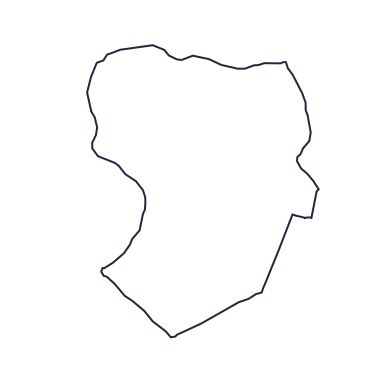 Huité, Zacapa, Guatemala, rotated 12°
{"feature_id": "79465075B89457517012818", "entity_name": "Huité", "entity_type": "district", "adm_level": 2, "iso_a3": "GTM", "parent_name": "Guatemala", "parent_adm1": "Zacapa", "projection": "albers", "projection_center": [-89.697, 14.912], "detail": "fine", "context": "isolated", "style": "outline", "palette": "slate", "viewbox_px": 384, "rotation_deg": 12, "n_neighbors": 0, "source": "geoboundaries", "source_scale": "gbopen_adm2", "svg_char_len": 1298}
<svg xmlns="http://www.w3.org/2000/svg" viewBox="0 0 384 384"><g transform="rotate(12 192 192)"><path d="M201.5,338.5L205.8,336.8L206.8,334.9L228.3,318.8L260.6,290.1L269.5,284.8L275.9,278.5L281.0,275.9L281.7,270.6L282.8,265.2L285.4,250.3L286.0,247.1L289.1,229.7L295.0,193.1L299.2,193.6L304.4,193.6L307.4,193.8L307.7,194.1L308.2,193.9L308.7,193.4L310.6,192.8L313.0,192.3L314.2,192.5L313.8,165.5L315.3,163.0L308.4,156.0L300.7,150.0L294.0,146.5L288.1,139.7L287.9,135.5L290.1,132.9L291.6,126.1L296.1,117.8L295.8,109.3L289.1,92.8L286.2,88.3L284.6,81.1L279.3,72.5L266.2,56.5L260.0,51.0L256.9,45.5L254.2,46.0L252.1,47.7L235.8,51.0L230.5,54.1L226.5,55.1L218.3,60.3L211.0,61.9L194.3,61.6L181.0,58.5L164.4,58.5L154.4,65.0L149.5,65.4L141.1,63.3L135.2,58.7L123.0,56.6L92.2,67.8L84.0,73.1L80.4,75.3L78.0,81.7L72.0,85.4L69.3,100.5L68.7,116.5L76.7,134.1L81.4,139.3L85.8,148.5L86.2,156.2L84.1,165.0L84.8,167.0L85.3,170.0L92.3,176.3L94.2,176.8L110.6,179.6L115.0,181.7L123.0,188.4L135.1,193.2L143.6,200.4L147.3,206.7L148.6,212.0L149.6,219.0L148.6,223.7L148.7,240.5L143.3,250.3L142.2,256.5L138.2,266.0L129.3,277.7L121.8,284.9L120.3,284.9L119.8,288.8L123.2,292.4L126.0,292.5L135.4,297.9L147.8,307.6L155.9,310.7L170.0,318.2L180.3,326.6L195.3,333.8L201.5,338.5Z" fill="none" stroke="#1e293b" stroke-width="2"/></g></svg>